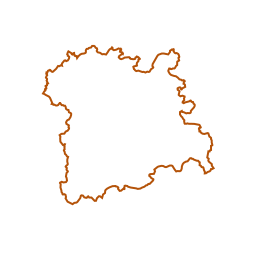 the district of Ambohimahasoa, Haute Matsiatra, Madagascar, rotated 195°
{"feature_id": "10022922B34392392155891", "entity_name": "Ambohimahasoa", "entity_type": "district", "adm_level": 2, "iso_a3": "MDG", "parent_name": "Madagascar", "parent_adm1": "Haute Matsiatra", "projection": "mercator", "projection_center": [47.173, -21.056], "detail": "fine", "context": "isolated", "style": "outline", "palette": "amber", "viewbox_px": 256, "rotation_deg": 195, "n_neighbors": 0, "source": "geoboundaries", "source_scale": "gbopen_adm2", "svg_char_len": 5863}
<svg xmlns="http://www.w3.org/2000/svg" viewBox="0 0 256 256"><g transform="rotate(195 128 128)"><path d="M190.9,100.7L189.8,97.3L186.4,94.7L185.9,94.8L185.0,96.0L184.7,96.0L184.9,94.1L184.3,93.4L184.3,92.3L183.7,91.2L184.2,90.0L184.1,89.6L183.1,88.7L182.2,86.7L180.9,86.1L179.6,84.8L178.4,84.6L178.5,82.0L178.0,79.9L176.8,77.6L177.0,76.7L177.9,75.6L178.2,74.5L176.7,73.5L176.7,72.2L176.4,71.6L174.9,70.6L174.9,70.1L175.7,68.7L175.4,65.1L174.4,63.9L173.3,61.4L173.9,59.7L176.3,58.7L178.1,58.9L179.5,57.6L179.5,57.3L178.5,56.4L177.8,53.0L176.2,50.5L175.6,48.9L174.6,48.1L174.1,47.1L173.6,46.9L172.4,47.6L171.1,47.3L170.0,45.3L170.1,43.9L167.3,41.2L161.8,40.1L160.5,41.8L158.5,42.6L157.8,43.4L156.0,47.9L156.0,50.4L155.3,51.0L153.9,51.0L152.3,49.7L150.4,49.7L149.8,49.9L149.2,51.3L148.7,51.7L147.5,50.8L145.3,51.4L141.4,49.0L140.1,49.4L139.8,52.2L138.5,54.5L137.4,54.8L134.9,53.8L134.9,57.3L133.4,59.2L133.8,61.8L133.5,62.5L132.4,64.1L130.5,65.9L127.9,67.8L125.1,68.7L124.6,68.4L124.0,68.6L122.5,68.3L121.9,67.8L121.9,66.7L119.8,65.1L118.4,65.7L117.1,67.7L115.7,68.1L115.7,68.5L116.4,69.0L116.1,70.0L116.3,71.2L115.8,71.6L113.6,71.8L112.8,71.3L110.0,71.2L104.5,71.8L102.8,71.7L100.4,72.7L99.1,74.0L96.9,75.6L95.8,77.2L94.6,77.8L93.9,79.2L92.6,79.6L90.2,83.8L90.1,84.7L90.3,85.1L92.6,85.7L94.1,86.9L94.9,87.1L95.3,88.0L95.1,88.7L94.6,89.2L91.1,90.4L90.7,93.2L91.8,94.7L89.4,98.0L88.6,98.7L85.9,100.1L84.2,100.4L82.0,99.9L80.8,100.2L78.0,102.5L76.3,103.0L75.3,102.9L72.1,99.9L70.2,98.5L69.1,99.2L66.7,99.7L65.8,100.7L65.6,102.6L66.0,104.9L65.8,107.2L65.1,108.8L63.5,110.4L61.8,111.3L60.3,114.7L59.8,115.0L58.9,115.2L58.3,114.8L57.2,115.0L56.6,114.6L53.2,114.2L51.7,114.5L50.7,113.7L49.8,113.4L49.2,110.6L47.9,110.4L46.8,109.3L45.3,109.5L44.9,109.2L43.5,106.7L42.4,105.6L42.1,104.0L40.9,104.5L39.7,106.1L37.9,107.3L37.3,108.3L37.2,109.8L36.1,110.1L34.9,111.3L37.3,113.3L37.7,114.8L41.3,116.5L42.0,117.4L42.1,119.2L43.8,120.0L44.3,126.3L43.1,126.5L43.0,127.6L42.1,128.2L43.2,132.3L42.1,133.1L42.2,133.6L43.4,135.7L43.9,137.6L45.0,138.9L45.1,139.7L45.4,140.1L47.2,140.8L49.0,143.6L49.8,143.7L52.7,142.0L54.6,141.8L56.8,142.6L57.3,143.6L58.2,143.3L58.8,145.0L59.3,145.5L59.3,146.3L58.9,146.9L58.1,147.0L57.9,147.5L59.7,149.4L60.2,149.5L65.2,149.1L70.5,147.8L71.9,147.8L72.5,147.3L74.2,146.8L74.6,147.1L75.5,149.0L75.6,150.1L77.4,151.3L78.3,152.4L79.6,153.0L81.3,154.6L81.9,156.9L80.4,158.4L79.8,157.5L78.3,157.7L75.5,157.2L74.6,157.8L72.2,158.3L71.6,158.8L71.4,159.5L71.7,160.8L69.6,165.0L69.3,166.6L69.5,167.4L69.7,167.9L71.1,168.6L71.9,169.9L73.4,169.7L74.4,170.7L74.8,170.7L75.9,169.5L79.3,167.6L80.6,166.4L81.8,166.7L81.9,167.7L80.9,169.5L81.6,171.1L81.3,172.4L81.5,173.1L83.8,173.3L85.6,172.2L87.5,173.0L87.7,173.7L87.7,176.6L88.5,177.4L89.8,177.7L90.3,178.6L90.3,179.3L88.9,180.5L88.0,180.7L87.1,180.1L86.9,179.3L86.5,179.0L86.1,179.3L85.7,180.5L83.4,182.5L84.2,184.5L84.9,185.0L85.8,185.1L85.9,186.8L85.3,187.7L85.6,188.3L86.7,188.6L88.0,187.9L89.1,188.4L90.9,188.3L92.8,189.5L95.1,190.4L96.8,190.2L100.1,190.4L101.7,191.2L103.6,193.1L103.9,193.9L103.6,196.1L102.8,196.3L102.0,196.0L101.1,196.2L100.1,197.1L98.6,197.5L98.1,198.3L97.7,200.2L96.8,201.5L97.6,204.6L97.4,205.2L96.5,205.9L96.1,206.5L97.1,208.0L97.4,209.0L96.9,209.5L96.9,210.1L98.0,211.9L98.6,212.5L100.4,213.0L101.3,212.5L102.4,212.7L103.9,214.0L104.0,215.4L104.4,215.9L105.6,215.0L105.9,215.2L107.4,213.5L107.1,212.3L108.2,209.5L112.7,209.2L114.6,208.7L117.6,206.6L118.3,205.2L120.7,196.2L120.5,194.2L119.3,193.2L119.5,192.4L121.0,190.7L121.7,188.1L122.4,187.5L124.0,187.4L125.5,186.1L127.4,186.3L128.6,185.8L132.8,186.1L134.8,185.1L136.1,185.6L137.2,186.5L137.5,186.5L138.7,188.5L138.2,189.1L135.6,190.4L135.5,190.9L136.1,191.7L136.2,193.4L135.3,195.3L135.6,196.9L134.5,197.6L134.5,197.9L136.4,199.1L137.9,199.3L138.0,198.6L138.9,198.2L139.2,196.4L140.8,195.8L143.2,195.5L144.2,195.8L144.3,196.3L145.3,196.7L149.6,195.1L150.4,194.1L152.2,192.8L153.2,192.7L155.1,193.7L155.3,194.0L155.1,195.3L153.9,196.6L153.4,197.6L152.9,198.0L152.1,197.9L152.1,198.6L153.0,199.5L155.5,199.6L155.6,200.5L154.8,201.5L155.0,202.4L155.6,202.8L156.6,202.3L157.7,202.4L159.6,200.6L161.8,199.5L163.4,200.0L163.6,201.3L164.3,201.7L164.5,200.9L166.0,199.3L166.8,197.7L166.9,196.9L168.2,193.3L170.4,193.2L172.0,192.5L174.4,193.4L176.9,193.3L178.0,194.1L178.2,194.7L178.0,195.7L178.6,196.9L180.0,197.1L181.3,198.3L182.1,198.5L183.9,198.0L184.5,196.2L186.5,195.2L187.0,194.2L188.4,193.7L188.8,192.5L188.8,191.8L188.3,190.5L188.5,189.5L189.7,188.6L191.9,187.7L193.1,186.7L194.6,184.4L195.3,182.4L196.3,184.2L197.7,183.8L198.3,184.1L198.5,184.9L199.2,185.5L199.5,186.5L200.2,186.1L200.5,184.6L201.3,184.7L202.3,185.7L205.4,186.6L205.7,185.4L205.8,183.4L204.9,182.8L204.8,182.1L203.3,181.7L203.1,181.2L203.0,179.7L203.6,177.7L205.0,176.6L206.0,177.1L206.9,176.7L208.4,173.4L208.4,172.1L207.9,171.2L209.0,171.3L210.3,169.9L211.6,169.8L212.7,166.6L215.1,162.9L215.7,162.6L216.7,162.9L218.1,163.9L218.5,163.9L218.8,163.2L219.6,163.1L220.1,162.5L220.3,160.6L221.1,160.6L221.0,159.2L220.2,159.0L219.7,158.0L220.2,157.0L220.3,155.4L218.9,154.5L218.7,153.6L218.9,152.7L216.9,150.5L217.7,150.1L217.3,149.5L217.5,148.9L217.3,148.2L218.5,147.3L218.4,146.9L217.8,146.5L217.1,145.1L217.3,144.7L218.1,144.4L218.1,143.6L217.6,143.3L217.5,142.9L218.3,141.8L219.0,139.3L217.2,139.1L216.3,138.7L212.5,137.9L211.1,136.9L207.8,132.7L207.9,131.5L206.8,131.8L206.1,131.1L205.1,131.5L203.7,131.1L202.5,131.3L201.5,132.0L200.4,134.5L200.0,134.6L198.0,132.9L196.7,133.3L196.0,132.9L194.6,133.2L193.7,132.3L192.9,130.5L191.3,129.8L190.2,130.0L189.1,127.9L187.2,127.6L186.6,127.1L186.3,125.8L186.4,123.6L187.3,120.8L188.4,120.1L188.9,119.2L189.3,117.5L188.6,116.1L185.8,115.2L185.6,113.2L184.9,112.7L184.8,111.9L185.6,109.8L187.3,108.4L188.0,106.1L190.8,105.1L192.2,103.4L191.0,102.0L190.9,100.7Z" fill="none" stroke="#b45309" stroke-width="2"/></g></svg>